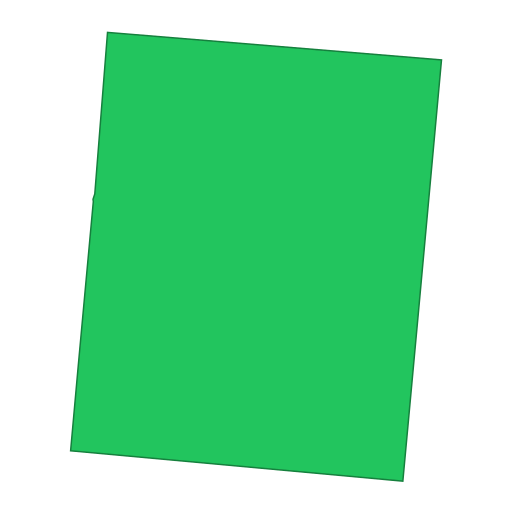 outline of Fayette, Iowa, United States of America, rotated 185°
{"feature_id": "52423323B37143192465063", "entity_name": "Fayette", "entity_type": "district", "adm_level": 2, "iso_a3": "USA", "parent_name": "United States of America", "parent_adm1": "Iowa", "projection": "albers", "projection_center": [-91.797, 42.862], "detail": "fine", "context": "isolated", "style": "filled", "palette": "green", "viewbox_px": 512, "rotation_deg": 185, "n_neighbors": 0, "source": "geoboundaries", "source_scale": "gbopen_adm2", "svg_char_len": 285}
<svg xmlns="http://www.w3.org/2000/svg" viewBox="0 0 512 512"><g transform="rotate(185 256 256)"><path d="M89.3,213.2L88.3,467.5L423.4,465.8L422.0,303.8L423.3,298.3L422.8,296.0L423.5,130.7L423.7,45.8L90.1,44.5L89.3,213.2Z" fill="#22c55e" stroke="#15803d" stroke-width="1.5"/></g></svg>